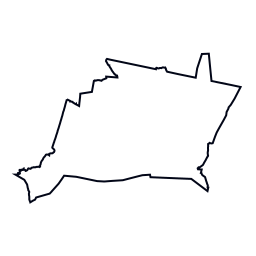 outline of Santiago Niltepec, Oaxaca, Mexico
{"feature_id": "50627088B55269225316666", "entity_name": "Santiago Niltepec", "entity_type": "district", "adm_level": 2, "iso_a3": "MEX", "parent_name": "Mexico", "parent_adm1": "Oaxaca", "projection": "orthographic", "projection_center": [-94.638, 16.52], "detail": "fine", "context": "isolated", "style": "outline", "palette": "ink", "viewbox_px": 256, "rotation_deg": 0, "n_neighbors": 0, "source": "geoboundaries", "source_scale": "gbopen_adm2", "svg_char_len": 5132}
<svg xmlns="http://www.w3.org/2000/svg" viewBox="0 0 256 256"><path d="M236.0,95.9L240.6,87.0L230.7,84.9L211.5,81.0L210.4,70.1L208.8,53.7L201.9,54.0L197.2,68.3L195.7,77.7L178.1,74.1L167.1,71.7L166.9,71.2L166.6,70.9L166.4,70.6L166.2,70.0L166.0,69.7L165.9,69.3L165.9,68.9L165.8,68.5L165.7,68.3L165.5,68.1L165.4,67.9L165.2,67.5L164.5,67.7L164.4,67.7L164.0,67.5L163.8,67.5L163.6,67.5L163.3,67.4L163.0,67.4L162.7,67.4L162.5,67.5L162.2,67.6L161.9,67.8L161.5,68.1L161.2,68.0L160.9,68.0L160.5,68.0L160.2,68.0L159.9,68.0L159.7,68.0L159.4,68.2L159.1,68.3L158.9,68.4L158.5,68.4L158.3,68.4L158.0,68.4L157.8,68.3L157.6,68.2L157.4,68.2L157.2,68.1L157.0,67.9L156.7,67.8L156.4,67.8L156.2,68.0L156.1,68.5L155.9,68.9L155.9,69.2L119.0,61.5L109.9,59.6L107.0,58.9L106.7,59.2L106.4,59.6L106.2,60.1L106.0,61.1L106.9,62.6L107.5,63.7L107.9,64.6L108.2,64.8L108.4,65.1L109.2,65.4L109.3,65.4L109.3,65.8L109.4,66.3L110.1,67.4L110.4,67.8L111.2,69.1L111.8,70.4L114.7,74.4L115.1,74.5L115.4,74.5L115.7,75.0L116.1,75.4L116.3,75.6L116.6,75.7L117.0,75.7L117.0,75.8L117.2,76.1L117.3,76.5L117.4,77.5L106.2,76.6L106.3,78.3L104.2,79.1L102.5,79.8L102.0,80.2L101.7,80.4L101.6,80.7L101.3,80.8L101.0,80.6L100.5,80.4L100.1,80.4L99.9,80.4L99.6,80.2L97.7,80.1L96.4,80.5L96.1,80.4L95.6,80.7L95.3,80.7L95.2,80.5L94.7,80.4L94.5,80.5L93.9,80.9L91.9,91.9L80.3,93.7L80.1,96.6L80.1,96.9L79.7,100.3L79.7,100.5L79.4,102.9L79.1,106.0L76.0,104.3L76.0,104.2L75.9,104.3L74.5,103.5L74.5,103.4L72.8,102.4L72.5,101.8L72.0,101.8L71.3,101.6L71.1,101.5L70.9,101.4L70.2,101.5L70.1,100.9L68.9,100.3L66.9,99.3L66.9,99.2L66.9,99.3L66.4,101.1L66.3,101.3L65.8,103.1L65.4,104.4L65.4,104.5L65.1,105.7L64.8,106.9L64.2,108.9L63.8,110.5L63.3,111.7L63.2,112.0L63.0,112.8L62.3,115.7L62.0,116.6L61.8,117.2L61.2,119.4L60.8,120.6L60.6,121.3L60.4,122.0L60.1,123.1L59.8,124.1L59.5,125.0L58.7,127.7L58.4,128.7L58.3,128.9L58.2,129.1L58.0,129.8L57.7,130.7L57.6,130.9L57.6,131.1L57.4,132.0L56.8,133.8L56.2,135.5L56.1,135.9L56.1,136.0L55.7,137.3L55.1,139.1L54.7,140.1L54.4,141.0L54.2,141.7L54.2,141.9L53.8,142.7L53.8,142.8L52.9,145.6L52.4,147.0L52.3,147.7L52.6,148.1L52.8,148.3L53.7,149.1L54.1,149.5L54.4,150.1L54.5,150.7L54.4,151.2L54.0,152.1L53.3,152.5L53.0,152.9L52.6,153.2L52.3,153.3L51.0,153.3L50.3,153.4L49.6,153.7L49.3,153.8L49.3,154.3L49.2,155.3L48.5,154.8L47.8,154.6L47.0,154.5L46.2,154.6L45.9,154.8L45.5,155.4L45.0,156.2L44.6,156.7L44.4,156.9L44.0,157.2L43.6,157.8L43.2,158.5L42.9,159.3L42.6,159.8L42.0,160.5L41.5,161.3L41.1,162.1L40.8,162.9L40.7,163.8L40.6,164.2L40.3,165.0L40.1,165.3L40.0,166.0L40.1,166.6L39.7,166.9L39.4,166.4L39.0,166.5L38.5,166.8L38.2,166.9L37.5,166.9L37.1,166.8L36.5,166.9L36.1,167.0L35.8,167.2L35.4,167.3L35.0,167.2L34.6,167.3L34.1,167.3L33.7,167.2L33.2,167.4L32.5,167.6L32.2,167.6L31.7,167.7L31.4,167.9L31.0,168.4L30.6,168.8L29.9,168.7L29.2,168.6L28.4,168.4L28.1,168.8L27.9,169.0L27.6,169.6L27.3,170.1L26.7,170.5L26.1,170.8L25.6,170.9L25.4,170.5L25.3,170.1L25.1,169.9L24.7,169.7L23.8,169.8L23.6,169.3L23.6,168.6L23.4,168.7L23.3,169.5L23.1,169.8L22.9,169.9L22.5,170.0L21.5,169.7L21.3,169.9L20.9,170.6L20.7,170.5L20.3,169.9L20.0,169.8L19.6,169.9L19.5,170.3L19.8,170.8L19.9,171.2L19.8,172.0L19.8,172.4L19.8,173.0L19.9,173.5L19.6,173.7L19.3,173.4L18.8,173.2L18.4,172.9L18.0,173.0L17.8,173.4L18.0,174.1L18.1,174.5L17.9,174.6L17.7,174.5L17.3,174.5L16.9,174.6L16.5,174.7L16.2,174.8L16.0,174.7L15.8,174.6L15.4,174.6L24.3,179.8L24.6,180.3L27.1,184.5L27.5,186.5L27.7,187.7L27.8,188.1L28.0,188.6L28.2,189.2L28.2,190.0L28.5,190.6L28.9,191.2L29.2,191.7L29.2,192.4L29.0,193.1L28.9,193.9L29.0,194.7L29.0,195.2L29.2,195.9L29.3,196.8L29.3,197.5L29.3,198.4L29.3,199.4L29.5,200.1L29.8,201.0L30.2,201.9L30.3,202.3L32.1,201.2L32.5,200.9L35.1,199.6L36.1,197.5L49.7,193.6L51.6,191.6L51.8,191.3L58.6,183.7L60.9,180.4L61.0,180.3L64.1,175.7L76.3,176.8L97.1,181.1L104.3,181.5L112.2,180.9L121.6,180.3L122.9,180.2L129.4,178.5L136.8,176.6L142.4,175.2L145.7,175.0L150.0,174.7L150.5,177.2L178.7,178.4L191.3,178.9L199.4,185.0L207.5,191.1L207.9,189.4L208.0,188.8L208.3,187.6L207.6,187.5L207.6,187.1L207.7,186.7L207.7,186.3L207.8,186.0L207.8,185.7L207.7,185.1L207.4,184.5L206.9,183.1L206.8,182.6L206.6,182.1L206.4,181.5L206.1,180.7L205.9,179.9L205.5,178.6L205.1,177.2L204.9,176.9L203.4,175.9L203.0,175.6L202.5,175.1L202.0,174.7L201.4,172.9L200.9,172.9L201.7,169.5L198.0,169.3L197.7,168.5L197.7,168.3L198.6,167.3L199.3,167.4L199.4,167.5L200.4,166.8L201.4,166.1L201.7,165.8L202.1,165.6L202.8,165.1L203.7,163.6L203.9,163.1L204.9,161.4L205.8,159.9L206.0,159.4L206.7,158.1L206.9,157.7L207.0,157.6L207.0,157.4L207.2,157.1L207.3,157.0L207.5,156.8L207.6,156.6L207.8,156.4L207.9,156.2L208.0,155.9L207.9,155.8L208.0,155.5L208.0,155.3L207.9,155.2L207.8,154.0L207.7,153.4L207.7,152.8L207.8,151.7L208.0,151.1L208.0,150.3L208.1,150.0L208.0,149.0L208.0,148.4L208.0,147.1L208.2,146.1L208.1,145.5L208.1,144.0L209.0,143.6L209.5,142.9L209.7,143.0L210.0,143.1L210.8,143.3L211.1,143.4L211.9,143.4L212.7,143.2L213.6,140.7L213.8,140.1L215.1,136.5L216.7,132.5L218.6,129.0L219.9,126.7L223.7,120.0L226.2,115.3L226.6,112.0L228.4,108.6L228.6,107.4L229.7,106.1L230.7,105.0L234.6,98.6L236.0,95.9Z" fill="none" stroke="#020617" stroke-width="2"/></svg>